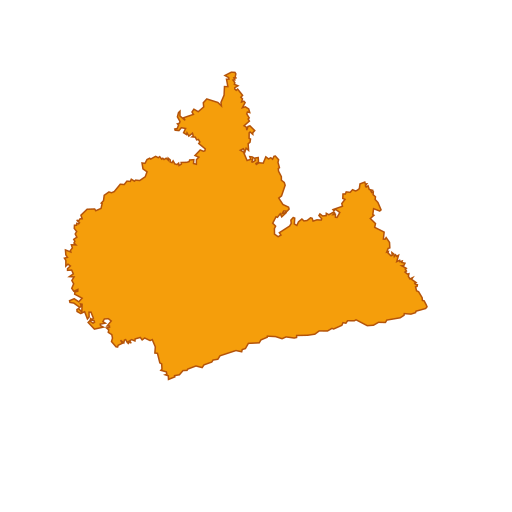 the district of O.R.Tambo, Eastern Cape, South Africa, rotated 29°
{"feature_id": "47623444B2401151093158", "entity_name": "O.R.Tambo", "entity_type": "district", "adm_level": 2, "iso_a3": "ZAF", "parent_name": "South Africa", "parent_adm1": "Eastern Cape", "projection": "albers", "projection_center": [29.004, -31.416], "detail": "fine", "context": "isolated", "style": "filled", "palette": "amber", "viewbox_px": 512, "rotation_deg": 29, "n_neighbors": 0, "source": "geoboundaries", "source_scale": "gbopen_adm2", "svg_char_len": 6128}
<svg xmlns="http://www.w3.org/2000/svg" viewBox="0 0 512 512"><g transform="rotate(29 256 256)"><path d="M148.6,105.6L145.3,107.2L141.3,113.2L145.6,113.2L146.6,114.5L144.5,115.7L149.3,121.5L146.3,123.1L150.1,130.8L150.9,138.6L153.0,141.5L148.2,140.2L136.8,142.5L135.6,147.5L138.0,151.0L135.5,157.8L130.5,157.7L130.2,161.1L132.6,162.5L125.6,170.2L128.2,171.7L121.6,170.4L119.3,166.2L118.7,168.2L119.8,172.4L124.3,175.2L124.7,176.9L123.2,178.5L124.8,179.0L125.3,182.7L123.4,184.3L124.3,185.2L127.8,183.7L128.5,180.0L132.6,178.6L132.9,183.3L136.3,183.5L135.9,181.7L139.1,183.7L140.9,179.4L142.9,181.4L142.3,182.8L145.3,181.5L147.8,183.2L149.1,182.0L151.6,183.5L151.4,185.4L159.7,186.9L160.3,188.7L159.3,189.9L155.8,190.3L153.9,197.7L158.1,197.3L157.2,200.6L159.4,204.7L156.5,205.4L154.9,201.9L151.4,204.2L151.8,205.8L150.1,207.6L145.2,210.5L146.2,211.9L144.8,214.2L143.3,212.3L142.6,214.3L140.3,214.8L137.4,213.0L137.3,215.1L135.3,215.3L134.5,213.6L131.8,213.0L132.8,214.7L130.0,214.0L128.8,216.2L127.1,215.7L126.6,217.0L123.6,215.8L122.9,217.4L119.9,217.5L116.9,222.3L115.6,222.0L113.9,224.5L114.0,228.8L111.2,229.9L114.9,234.6L119.9,235.2L120.7,240.4L117.7,246.4L113.9,248.0L113.4,249.5L109.7,249.3L109.9,251.7L106.8,253.1L106.1,257.4L102.5,259.0L100.8,268.4L99.0,270.7L96.3,271.3L93.8,276.5L95.8,281.5L95.0,284.8L96.0,284.7L97.4,289.5L93.9,294.1L92.1,293.1L85.6,297.0L83.1,305.2L85.9,307.7L84.1,308.8L83.9,311.1L81.8,311.6L85.5,312.5L85.3,313.9L83.4,314.3L84.1,316.1L82.3,317.1L83.7,320.0L87.3,321.5L87.2,324.4L90.2,326.4L88.5,329.8L90.5,331.0L90.5,332.9L93.1,333.6L89.1,335.7L91.5,338.0L91.0,341.2L92.1,342.3L86.4,343.1L89.1,347.2L91.8,348.6L89.5,350.8L91.8,352.0L94.6,357.1L95.5,354.3L98.5,354.7L97.3,358.5L98.1,359.9L101.6,357.7L104.9,360.2L102.8,364.5L107.0,362.5L106.8,366.7L110.0,368.7L110.5,373.6L113.7,375.2L116.4,371.6L117.2,373.3L115.0,375.2L115.9,377.3L124.4,377.2L123.2,382.0L117.7,381.5L114.6,385.5L115.8,386.8L119.5,385.5L126.7,386.4L127.6,384.8L125.7,383.0L127.3,382.5L130.8,389.5L126.3,387.9L125.3,389.6L126.4,391.3L130.6,391.3L133.1,387.8L139.1,392.8L139.6,390.2L137.2,386.1L138.9,385.1L143.9,389.2L143.5,391.0L141.7,390.9L142.1,392.3L145.6,391.0L146.9,392.2L146.0,393.8L142.0,393.3L141.4,395.5L150.1,398.3L157.0,392.2L153.7,392.3L152.8,391.1L156.8,387.8L153.9,387.6L153.9,384.6L157.2,382.4L160.9,383.0L159.7,389.4L161.7,388.2L162.5,389.4L160.1,391.4L163.0,392.0L163.8,394.4L168.0,394.7L170.3,397.4L171.1,400.9L177.6,403.3L179.1,402.7L178.7,400.9L181.4,397.2L178.4,395.3L182.5,396.1L181.7,393.3L182.5,392.3L185.1,393.9L186.0,392.6L186.7,395.1L187.1,391.9L189.2,392.9L186.6,391.4L187.8,389.4L191.3,389.0L190.5,387.1L194.3,383.3L197.1,384.6L198.4,381.7L204.4,381.3L205.8,379.4L212.0,384.3L214.6,389.9L217.0,388.9L223.7,396.1L225.8,396.1L228.6,400.5L228.2,402.1L233.8,400.8L235.3,402.6L234.2,403.9L237.4,403.3L239.3,406.4L243.6,401.1L242.8,400.1L246.6,397.0L247.7,391.6L251.1,389.5L251.2,387.9L256.8,381.3L263.0,379.7L263.3,376.4L268.7,370.2L268.9,367.8L272.7,364.8L272.9,360.7L284.3,348.4L289.9,346.7L289.3,344.5L291.6,342.1L291.7,336.1L300.9,330.4L301.0,327.0L305.2,321.6L304.8,320.6L312.2,317.0L318.9,315.7L321.5,312.2L329.2,309.2L331.0,307.6L330.1,305.8L339.7,300.2L345.4,295.8L347.6,290.9L354.9,286.9L357.5,282.5L359.3,282.2L364.7,275.0L364.4,272.1L367.2,271.2L367.5,268.2L373.4,265.0L374.4,263.3L387.1,263.0L392.3,259.6L395.3,254.6L401.4,251.4L401.5,248.6L412.1,240.1L414.2,236.1L413.6,234.5L419.7,231.7L423.0,228.2L422.7,226.7L429.8,219.7L430.2,217.5L428.6,216.2L424.8,213.7L423.1,214.2L421.5,211.9L415.5,208.4L413.3,208.6L410.5,205.6L411.6,204.5L411.1,202.9L409.2,203.5L408.0,202.9L408.9,201.6L403.3,201.0L403.5,199.0L401.8,201.4L399.2,200.0L398.3,197.4L397.3,198.4L394.1,197.8L394.9,196.2L392.9,195.1L393.4,193.9L388.2,193.9L389.9,192.6L389.8,190.1L386.6,191.0L386.3,189.5L384.6,191.2L383.7,190.1L381.8,192.7L380.3,186.3L379.2,188.1L377.5,187.3L377.2,189.4L375.7,187.5L373.2,187.1L374.8,189.5L374.0,190.4L370.0,189.4L369.6,187.9L368.4,189.2L367.9,185.3L369.1,184.0L366.2,179.4L360.9,176.8L360.8,178.7L359.2,179.5L356.5,173.0L345.9,173.4L344.8,169.7L337.8,167.8L339.4,163.2L338.1,163.2L335.9,157.6L342.4,156.7L343.0,155.0L336.7,150.1L332.8,148.8L331.8,146.3L328.7,145.6L327.6,143.2L326.4,144.4L324.9,143.4L326.9,141.8L322.8,142.9L320.0,140.3L318.9,142.3L317.7,141.7L317.9,139.2L316.7,140.0L315.3,138.6L312.0,142.5L313.7,147.0L312.7,149.4L311.5,150.9L308.3,151.2L307.5,154.7L303.8,156.2L304.1,158.4L302.0,159.6L304.0,163.6L306.4,163.3L305.6,168.5L307.5,170.6L300.8,178.1L302.3,178.6L302.9,176.6L308.2,177.3L308.2,183.0L306.7,183.6L305.3,181.1L303.4,182.4L304.0,180.3L302.6,179.9L299.7,184.6L296.8,184.6L297.8,186.7L294.8,188.7L291.5,188.2L291.4,190.1L295.4,191.6L295.6,193.0L291.8,194.8L289.0,197.8L286.8,195.8L285.2,196.1L283.5,200.2L280.9,202.1L278.2,201.4L276.6,205.5L276.9,209.5L274.0,209.4L271.5,204.1L269.9,204.3L269.1,207.7L271.0,210.4L270.9,213.5L265.1,224.3L267.7,225.6L266.0,228.4L261.6,227.9L258.8,223.1L258.7,220.4L254.7,219.2L254.5,212.0L256.0,211.8L256.7,207.3L259.5,209.3L261.6,202.8L258.3,206.2L258.4,203.2L261.5,201.7L262.2,198.9L260.8,197.5L254.6,197.9L247.8,194.3L249.2,191.1L247.2,180.0L245.1,178.0L241.5,177.4L239.7,174.3L234.6,170.9L233.1,168.7L233.7,167.4L229.8,163.4L229.1,160.8L224.4,159.2L223.4,160.1L223.6,163.3L221.3,162.9L219.9,165.0L216.5,164.5L217.3,171.3L213.3,173.1L211.9,175.7L211.1,175.2L212.6,172.5L210.2,168.8L207.3,171.1L209.1,172.7L207.6,175.5L206.7,175.7L205.8,171.2L204.6,171.2L202.4,172.1L204.6,174.0L201.9,176.8L194.6,171.1L191.0,171.1L192.9,168.3L195.8,170.2L195.1,166.5L198.3,167.2L194.7,161.6L195.6,159.4L194.5,156.4L192.9,156.4L190.3,151.6L190.7,150.4L194.2,151.1L193.4,149.8L194.1,146.9L187.6,145.1L186.2,146.6L186.9,150.4L185.2,148.0L182.4,147.9L184.8,141.2L182.7,140.0L183.1,138.5L179.0,136.2L178.7,134.2L181.0,133.6L178.3,130.9L174.3,130.7L172.2,132.9L172.1,127.1L170.3,126.5L168.7,128.3L168.0,125.1L165.8,124.5L166.4,122.0L159.0,118.9L158.4,120.7L156.5,120.3L155.8,119.1L157.7,115.9L153.8,116.3L153.5,114.7L150.6,113.3L152.1,112.2L150.3,110.9L152.8,109.8L151.2,110.1L150.1,106.5L148.6,105.6Z" fill="#f59e0b" stroke="#b45309" stroke-width="1.5"/></g></svg>